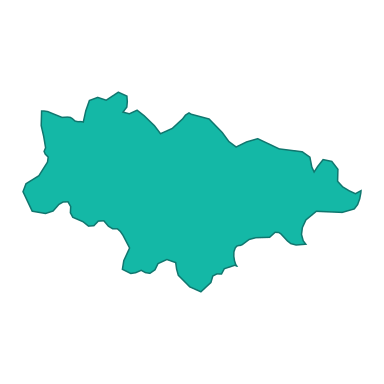 SVG path tracing the border of Haskovo
{"feature_id": "BGR-2232", "entity_name": "Haskovo", "entity_type": "Province", "adm_level": 1, "iso_a3": "BGR", "parent_name": "Bulgaria", "parent_adm1": "", "projection": "natural_earth1", "projection_center": [25.843, 41.878], "detail": "fine", "context": "isolated", "style": "filled", "palette": "teal", "viewbox_px": 384, "rotation_deg": 0, "n_neighbors": 0, "source": "natural_earth", "source_scale": "10m", "svg_char_len": 1711}
<svg xmlns="http://www.w3.org/2000/svg" viewBox="0 0 384 384"><path d="M361.0,190.7L360.8,193.0L359.7,198.8L357.6,204.6L354.3,208.9L342.2,212.4L316.3,211.3L305.9,219.9L302.4,227.5L301.5,234.4L303.2,240.8L305.8,244.2L296.1,245.0L290.8,243.6L287.5,241.0L280.8,233.8L278.8,232.5L275.1,232.3L269.6,237.3L255.8,237.7L249.1,239.5L242.3,244.6L240.4,245.4L238.7,245.5L237.0,246.0L235.3,247.8L233.9,251.8L233.8,256.3L234.5,260.8L235.7,264.5L236.8,266.1L236.7,266.1L235.0,265.2L224.3,268.7L221.5,274.0L216.9,273.9L212.8,276.0L210.9,282.5L200.9,291.8L189.8,286.9L178.3,275.3L176.6,269.1L175.7,262.6L166.9,259.5L158.0,263.6L155.0,269.8L149.9,273.3L145.4,272.6L141.2,270.3L135.7,272.7L130.8,273.5L122.4,269.3L123.8,260.6L129.6,248.0L123.0,235.3L120.3,231.4L117.4,228.8L112.7,228.8L108.4,226.2L103.8,220.8L98.3,221.1L93.9,225.7L88.5,226.1L83.0,221.7L72.8,217.3L70.4,212.8L70.7,206.6L68.0,201.8L63.1,202.0L58.9,204.4L53.1,211.0L45.5,213.5L32.2,211.2L23.0,191.7L26.0,183.7L38.9,175.7L47.5,162.1L48.2,157.1L45.3,154.2L44.1,151.4L45.6,147.8L43.7,136.5L41.2,125.6L41.6,111.0L44.0,111.0L47.8,111.6L53.1,113.8L62.0,117.4L67.5,117.1L70.3,117.4L72.3,118.6L75.1,121.1L78.0,121.7L80.8,121.6L83.3,122.0L85.8,110.7L89.4,100.5L97.7,97.4L106.2,100.2L118.3,92.2L126.9,96.1L127.3,101.7L126.8,107.1L123.0,112.1L129.3,113.8L137.1,110.2L144.1,115.7L154.5,125.8L160.5,133.7L172.3,128.4L182.7,118.8L185.5,115.1L189.0,112.9L191.1,114.2L209.1,119.0L222.3,132.6L228.8,141.5L236.1,147.0L246.6,141.9L257.7,138.7L279.2,148.9L302.3,151.8L309.9,157.2L311.8,167.0L314.1,172.0L317.8,166.3L323.1,159.6L331.8,161.4L337.9,169.3L337.6,181.3L342.7,186.9L349.0,190.7L355.4,193.7L360.8,190.8L361.0,190.7Z" fill="#14b8a6" stroke="#0f766e" stroke-width="1.5"/></svg>